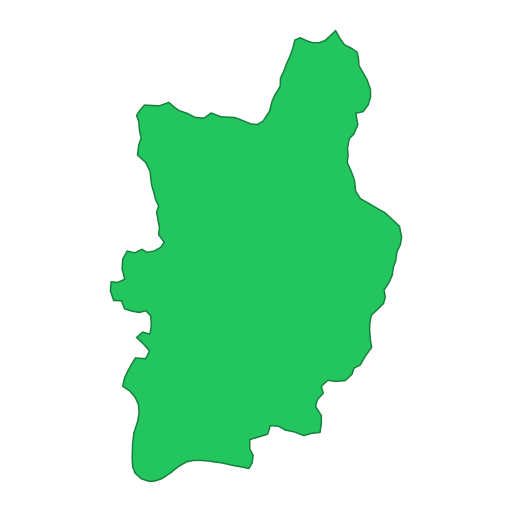 the district of Guatambú, Santa Catarina, Brazil
{"feature_id": "56859067B99380282166961", "entity_name": "Guatambú", "entity_type": "district", "adm_level": 2, "iso_a3": "BRA", "parent_name": "Brazil", "parent_adm1": "Santa Catarina", "projection": "robinson", "projection_center": [-52.789, -27.112], "detail": "fine", "context": "isolated", "style": "filled", "palette": "green", "viewbox_px": 512, "rotation_deg": 0, "n_neighbors": 0, "source": "geoboundaries", "source_scale": "gbopen_adm2", "svg_char_len": 2220}
<svg xmlns="http://www.w3.org/2000/svg" viewBox="0 0 512 512"><path d="M122.7,386.2L130.0,391.2L135.4,397.6L138.5,404.9L139.1,413.0L137.6,421.6L133.9,432.9L132.6,443.9L132.4,451.3L132.2,458.6L132.7,466.8L135.1,473.2L141.4,478.8L149.0,481.3L154.5,481.1L161.9,478.7L171.3,472.3L178.6,466.4L186.5,461.9L193.4,460.4L200.9,460.4L209.4,461.1L215.7,462.2L221.4,462.8L233.8,465.6L240.7,466.8L248.9,468.5L252.2,462.8L253.1,455.4L249.8,448.7L249.8,439.6L267.6,434.2L270.3,425.7L278.2,426.1L285.4,430.1L294.4,431.9L303.8,435.6L311.9,433.3L320.0,432.4L321.3,424.0L321.3,415.5L315.5,406.4L317.4,399.7L323.3,393.2L321.3,386.2L327.9,380.3L335.4,381.4L345.2,380.6L352.0,374.2L353.9,368.2L360.2,365.0L365.3,356.2L371.6,347.4L370.2,338.2L369.6,329.1L369.9,322.4L371.4,315.2L377.2,309.7L383.5,303.5L385.3,297.2L384.1,289.9L388.9,282.8L392.2,275.3L393.4,266.9L395.7,260.9L397.0,251.7L400.3,244.7L401.6,237.2L399.5,226.2L384.7,212.5L378.7,209.3L368.1,203.0L360.5,198.8L355.7,191.3L354.5,180.4L351.2,171.3L347.2,162.4L348.1,155.6L347.5,147.9L349.3,138.7L353.7,134.2L357.8,125.0L355.8,113.3L363.2,111.6L368.1,104.9L370.5,97.4L370.5,89.7L367.2,80.1L362.7,72.0L359.0,65.9L358.5,58.6L357.2,52.3L351.2,48.1L344.6,44.9L340.6,39.5L335.6,30.7L325.0,40.6L318.9,42.7L312.5,42.7L306.2,40.6L300.2,37.7L294.8,40.2L292.9,48.1L289.9,56.4L286.3,64.3L283.9,71.0L280.5,78.0L280.2,86.4L274.8,95.0L271.8,102.0L269.7,110.9L263.1,121.1L257.3,124.5L251.0,124.0L242.3,120.4L234.7,117.5L221.0,116.8L211.1,113.0L204.0,118.2L194.9,117.3L187.3,113.4L178.8,110.5L174.0,106.9L168.8,102.4L159.5,105.8L144.5,105.1L140.0,110.1L136.6,115.5L138.7,121.5L139.6,131.3L141.2,138.0L138.7,145.2L137.5,155.0L145.9,162.7L150.1,171.6L150.8,178.6L151.8,185.6L153.8,192.4L155.6,199.8L158.7,205.9L156.6,211.9L158.0,219.9L159.5,228.1L158.6,234.7L164.3,242.4L160.5,247.5L153.9,251.1L146.9,252.4L142.0,249.3L134.7,252.8L127.2,251.1L122.7,259.2L122.1,269.0L124.8,279.3L117.3,282.5L111.2,281.8L110.4,290.9L113.7,300.5L121.5,300.8L124.6,308.9L131.8,311.1L139.3,312.5L145.9,310.7L150.7,315.9L151.4,325.5L149.9,334.1L142.7,332.1L136.6,337.5L143.8,344.3L149.5,350.9L145.7,358.7L135.4,358.0L131.8,363.9L127.9,370.8L124.6,377.8L122.7,386.2Z" fill="#22c55e" stroke="#15803d" stroke-width="1.5"/></svg>